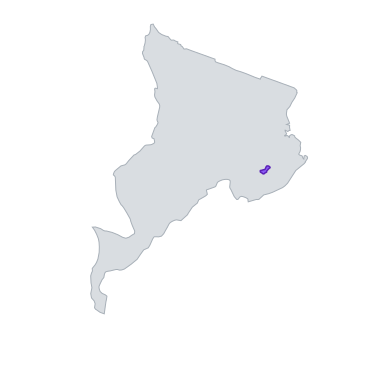 Lebialem, Sud-Ouest, Cameroon (highlighted), rotated 200°
{"feature_id": "32672807B23253489436904", "entity_name": "Lebialem", "entity_type": "district", "adm_level": 2, "iso_a3": "CMR", "parent_name": "Cameroon", "parent_adm1": "Sud-Ouest", "projection": "orthographic", "projection_center": [9.96, 5.584], "detail": "fine", "context": "in_parent", "style": "filled", "palette": "violet", "viewbox_px": 384, "rotation_deg": 200, "n_neighbors": 0, "source": "geoboundaries", "source_scale": "gbopen_adm2", "svg_char_len": 4178}
<svg xmlns="http://www.w3.org/2000/svg" viewBox="0 0 384 384"><g transform="rotate(200 192 192)"><path d="M95.6,259.0L96.3,257.0L101.8,247.8L105.2,232.9L106.8,229.5L108.4,227.1L116.3,219.2L119.3,216.7L123.6,213.8L126.6,208.0L127.6,207.4L129.0,207.0L135.8,202.0L136.4,203.0L136.9,204.2L137.4,204.7L139.6,205.1L142.6,205.1L144.3,204.7L145.3,203.7L146.2,201.0L146.8,200.5L147.5,200.3L150.8,202.2L156.3,207.6L157.6,208.6L158.3,209.6L159.5,214.5L160.1,215.7L161.3,216.2L163.4,215.9L165.6,215.0L167.6,213.8L169.5,212.1L170.8,210.7L171.4,209.6L171.6,205.6L172.1,204.7L179.1,198.9L179.0,198.4L177.8,196.7L176.8,195.0L177.8,193.1L178.9,191.7L183.0,186.9L183.2,183.4L186.5,177.9L188.3,170.6L188.4,169.2L192.6,161.3L197.1,160.5L198.8,159.4L200.8,157.4L202.1,155.6L202.7,153.8L203.1,150.5L203.8,146.6L204.3,143.2L205.6,140.1L207.9,138.5L211.8,137.2L212.4,136.6L212.9,134.5L213.4,127.6L214.0,124.6L217.6,121.1L219.1,115.8L220.5,110.1L224.5,103.3L229.2,96.5L231.4,94.7L233.3,93.8L235.4,93.7L236.9,93.2L242.0,89.8L244.1,88.7L245.7,87.5L246.1,86.5L246.2,85.0L245.6,81.5L246.5,78.9L246.9,75.0L247.1,71.9L246.9,70.8L245.9,69.0L244.3,67.1L241.8,66.0L238.2,65.7L236.3,65.0L235.6,61.5L235.3,59.2L232.8,47.5L237.2,47.5L242.6,48.9L244.0,49.9L244.8,53.9L246.7,56.2L250.2,58.1L252.4,61.9L253.3,67.8L255.3,71.3L255.7,71.8L258.5,78.5L258.7,81.5L258.5,83.6L259.6,86.1L258.1,90.5L257.6,93.2L257.5,97.0L258.6,103.6L260.3,108.7L262.1,112.9L264.0,116.1L267.1,119.6L270.5,122.8L273.6,124.9L270.8,126.1L265.3,126.3L262.1,125.6L260.6,125.6L259.0,126.1L253.2,126.7L247.2,126.5L241.7,125.7L238.4,125.9L235.8,127.9L233.7,130.9L231.8,133.2L232.5,135.8L234.0,137.3L236.9,140.4L239.5,143.5L240.8,145.5L246.0,150.0L251.0,154.0L253.3,155.4L254.2,155.7L256.9,158.0L260.7,161.8L264.2,167.7L269.1,179.6L270.2,180.6L271.8,181.2L272.0,182.5L271.9,184.4L271.4,185.9L267.7,192.2L264.3,194.6L263.4,196.1L262.2,199.8L259.2,206.9L257.9,207.9L254.9,212.7L252.5,218.8L251.9,219.8L250.9,220.5L247.3,222.1L246.2,222.8L244.4,224.7L244.1,226.0L245.0,227.7L246.0,229.1L247.9,229.1L248.9,230.3L248.9,239.7L248.1,241.2L248.1,241.8L247.7,243.4L247.6,245.2L247.9,246.0L248.6,246.5L249.6,247.8L250.2,250.7L251.4,260.8L252.0,262.4L253.0,263.6L256.1,265.7L259.4,268.6L260.4,270.4L261.1,273.5L262.3,275.9L262.3,276.7L261.8,277.1L259.8,277.3L260.5,279.0L262.2,282.1L270.6,291.4L278.6,299.7L280.5,300.3L281.9,300.5L282.5,301.0L283.2,302.2L285.9,305.2L286.4,307.0L285.8,308.6L286.5,311.2L286.9,312.2L286.8,313.0L287.1,316.2L287.8,319.0L289.0,321.4L288.9,323.0L287.3,324.0L286.4,325.6L286.2,327.7L286.6,330.3L287.8,333.4L287.9,335.3L285.9,336.5L283.8,334.4L281.4,333.0L277.9,330.5L274.3,329.6L269.7,329.5L267.7,329.9L264.3,327.9L263.2,327.6L261.6,328.4L260.6,328.5L259.3,328.2L256.6,328.2L256.4,326.8L255.9,326.5L253.1,326.7L252.2,325.5L251.8,325.6L250.7,325.2L248.4,323.6L246.0,324.7L241.0,324.6L215.8,324.7L215.2,323.1L214.0,322.3L211.7,322.3L205.0,322.6L199.9,322.4L196.5,321.8L192.2,321.4L186.9,321.7L181.5,321.7L171.8,321.3L166.4,321.4L166.6,322.4L166.2,323.1L165.9,324.8L131.7,324.8L128.9,323.7L128.0,322.9L127.8,321.5L127.1,321.3L127.6,315.4L128.8,310.4L129.3,305.8L130.9,301.7L130.0,297.6L129.0,295.8L123.8,290.0L126.2,287.8L123.1,288.1L122.4,286.0L120.9,283.4L121.8,283.0L122.7,281.6L125.6,282.0L125.5,281.3L123.0,279.1L123.3,278.0L124.3,276.8L123.8,276.3L122.0,277.6L120.8,277.5L119.8,276.7L119.1,276.6L119.5,278.2L118.5,279.7L117.6,280.2L116.0,280.1L114.7,279.8L114.3,278.9L113.1,278.3L109.7,277.2L106.8,275.9L106.2,272.4L105.1,270.8L104.6,269.1L104.3,267.2L104.7,264.1L104.0,263.7L103.2,263.5L101.9,263.6L100.8,263.5L99.4,261.8L98.2,261.2L98.9,264.2L98.1,265.1L96.0,264.8L95.1,263.7L95.0,262.8L95.9,259.1L95.6,259.0Z" fill="#d9dde1" stroke="#a8b0b8" stroke-width="1"/><path d="M131.7,233.4L131.3,233.4L130.7,233.6L130.2,234.2L129.7,235.3L129.1,235.7L128.7,236.3L129.0,237.2L128.1,239.4L128.1,239.6L127.4,240.8L127.0,241.4L127.1,241.9L127.7,242.3L128.9,242.6L130.1,242.3L130.7,241.9L130.9,241.3L131.1,238.6L131.3,238.0L132.2,237.5L132.8,237.1L133.6,236.5L133.8,236.1L134.5,236.0L134.6,235.9L135.1,235.5L135.0,234.9L134.5,234.1L134.0,234.0L133.4,233.9L132.4,233.7L131.7,233.4Z" fill="#8b5cf6" stroke="#5b21b6" stroke-width="1.5"/></g></svg>